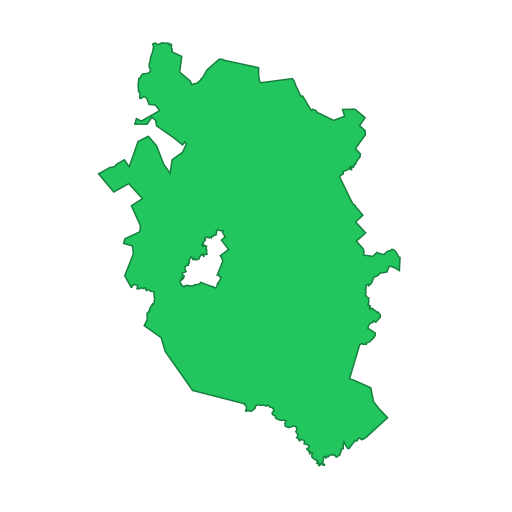 the district of Apes pag., Apes, Latvia, rotated 288°
{"feature_id": "27541924B88937634750122", "entity_name": "Apes pag.", "entity_type": "district", "adm_level": 2, "iso_a3": "LVA", "parent_name": "Latvia", "parent_adm1": "Apes", "projection": "mercator", "projection_center": [26.708, 57.522], "detail": "fine", "context": "isolated", "style": "filled", "palette": "green", "viewbox_px": 512, "rotation_deg": 288, "n_neighbors": 0, "source": "geoboundaries", "source_scale": "gbopen_adm2", "svg_char_len": 6075}
<svg xmlns="http://www.w3.org/2000/svg" viewBox="0 0 512 512"><g transform="rotate(288 256 256)"><path d="M425.6,92.3L423.3,94.0L417.6,94.6L412.6,94.3L408.8,95.1L405.2,95.1L402.6,96.1L400.9,97.9L399.0,98.3L396.6,97.2L394.1,91.9L391.0,90.9L389.6,91.0L388.7,89.7L381.6,91.2L376.0,93.6L375.2,95.3L370.3,96.6L370.4,98.2L373.2,100.1L372.3,103.3L367.1,107.4L368.5,113.6L364.5,119.4L348.9,105.3L349.7,99.8L344.0,100.0L347.7,111.6L355.9,114.2L353.9,118.7L349.1,121.2L343.1,141.0L338.9,151.8L342.4,153.0L341.2,155.2L331.9,154.1L321.6,146.5L308.2,148.7L314.6,140.0L330.1,127.4L336.6,116.6L328.5,108.5L301.6,107.8L306.9,101.1L299.9,94.9L297.3,93.9L295.3,90.5L295.4,90.1L285.5,80.9L272.9,100.9L285.5,112.6L275.4,130.3L265.3,121.9L249.0,136.8L243.1,138.0L231.9,126.0L227.0,126.2L227.4,135.4L220.1,138.7L196.6,137.3L187.6,147.0L188.2,147.7L190.6,147.8L191.6,151.0L191.4,152.1L190.6,152.9L188.5,152.7L188.0,153.2L188.7,155.1L190.5,157.2L190.1,158.6L190.3,159.1L191.5,160.2L191.3,160.9L190.0,161.4L189.3,162.3L189.4,162.9L190.7,163.7L190.9,164.5L189.8,166.4L190.3,169.0L190.3,170.4L188.7,170.5L182.7,173.3L181.4,173.1L180.4,173.7L179.3,173.3L178.9,172.7L178.1,173.2L177.8,173.0L177.8,172.3L174.2,171.4L172.5,171.1L171.0,171.9L170.2,171.0L169.7,171.4L168.0,170.1L161.7,172.2L155.2,171.2L149.0,191.1L137.1,199.2L108.5,237.3L111.9,290.7L111.3,290.8L111.5,291.1L111.3,291.6L109.2,293.8L107.9,294.2L105.9,293.8L105.3,294.4L105.9,295.4L106.8,298.2L106.7,298.8L107.4,300.0L111.2,302.3L112.6,301.4L113.9,302.8L115.1,303.4L115.3,306.1L116.7,309.8L116.3,312.0L118.0,313.7L117.5,314.7L116.6,315.5L116.8,318.6L115.1,320.5L114.3,320.9L112.3,319.8L111.1,320.0L110.2,321.2L109.9,323.5L108.1,324.8L107.6,325.6L107.3,329.1L107.9,332.3L108.9,333.8L108.5,335.5L107.5,335.1L105.3,335.3L103.2,336.5L102.9,340.3L103.7,341.1L104.1,342.2L105.5,343.3L106.2,345.4L106.1,346.5L104.0,348.6L101.3,348.1L99.7,350.2L98.0,351.5L95.8,350.8L95.6,352.4L93.7,354.2L93.7,354.7L95.5,355.4L95.4,357.3L95.6,358.7L94.8,359.6L93.6,359.4L92.1,360.0L92.5,361.0L92.3,363.8L91.8,365.0L90.2,365.6L88.5,363.9L88.0,364.0L87.7,365.1L86.9,365.9L87.3,366.8L87.2,367.2L86.1,367.1L84.6,368.4L86.1,369.1L86.1,370.7L85.5,371.0L83.9,370.4L82.2,371.1L80.5,374.6L80.4,378.1L77.9,377.7L77.5,378.2L78.4,379.2L78.1,380.1L76.4,380.1L76.0,380.7L76.6,381.4L79.2,382.2L78.1,383.7L77.8,384.5L77.9,385.4L78.4,385.8L79.0,385.3L78.9,384.4L79.2,383.7L83.6,382.7L86.2,382.7L86.3,383.6L85.4,384.9L85.6,385.3L86.1,385.6L86.7,385.1L88.0,386.0L87.7,387.1L89.0,387.6L90.7,389.5L90.2,390.4L91.1,392.4L89.7,393.8L89.5,394.6L92.8,397.3L93.9,396.9L96.2,397.4L98.7,396.6L99.7,398.6L102.8,397.4L106.6,397.1L103.5,399.9L101.5,402.5L101.4,403.6L102.2,404.4L103.5,404.5L110.8,407.2L111.1,409.0L114.4,409.9L115.0,410.5L115.0,411.1L114.5,411.6L113.9,413.4L114.9,413.9L115.1,414.1L114.9,414.6L117.2,416.6L142.9,431.1L148.7,420.3L153.8,412.8L166.1,405.9L168.1,387.8L168.1,382.9L203.6,382.0L205.4,383.6L205.1,385.2L206.2,388.2L207.4,388.0L209.4,390.4L214.8,393.4L217.7,393.9L219.7,393.0L221.9,384.6L226.2,384.8L229.9,388.2L230.5,387.9L230.0,390.4L236.2,393.1L238.3,392.5L240.3,389.5L240.5,389.1L239.7,388.8L239.8,388.1L241.1,386.3L241.1,384.3L242.0,383.4L241.8,381.3L240.8,380.8L241.3,380.2L242.1,380.0L242.4,380.6L243.5,379.7L243.9,379.9L244.1,378.9L243.6,378.6L244.1,377.6L246.5,377.6L251.0,376.1L251.0,374.3L253.7,371.7L255.6,371.8L258.0,370.3L258.5,370.9L259.0,370.4L260.9,370.3L261.7,369.7L264.0,371.5L262.6,372.4L265.9,374.3L272.1,374.6L275.1,378.0L277.9,379.1L281.1,385.3L287.6,386.0L287.8,386.5L287.7,391.5L286.4,396.9L299.2,393.4L299.0,392.2L302.4,388.7L304.2,386.1L304.5,383.2L302.8,382.2L301.1,379.5L297.0,377.2L296.5,372.8L296.8,369.9L291.8,367.3L290.1,357.7L293.4,357.6L294.3,356.5L295.9,355.9L301.1,346.8L311.9,353.2L319.1,340.2L327.8,345.0L333.8,335.4L334.4,335.1L335.8,331.6L356.4,311.7L358.1,311.1L361.2,313.7L363.5,312.9L365.2,315.3L368.3,318.4L367.3,319.7L367.7,320.3L368.8,319.9L369.5,317.8L370.0,317.6L370.3,318.1L370.4,320.7L370.7,321.3L371.9,320.4L372.6,321.6L374.3,321.5L374.3,322.3L377.2,322.5L382.4,324.3L385.4,323.7L388.9,317.4L405.1,322.6L408.9,321.1L412.0,314.2L421.3,317.0L426.2,304.7L422.1,293.0L416.3,297.1L409.0,288.0L411.5,269.7L412.8,268.2L413.1,264.5L411.7,263.3L422.5,251.0L421.8,249.4L430.1,241.4L433.9,238.4L436.0,235.9L422.5,207.5L423.0,205.5L428.8,202.6L435.9,200.3L432.4,166.1L432.6,163.2L431.9,160.3L417.7,151.8L409.3,150.2L407.5,149.0L406.2,149.0L403.4,147.2L402.8,147.4L399.3,142.0L402.2,139.2L407.3,126.6L422.9,123.7L424.1,112.9L425.5,112.9L427.0,112.2L427.6,111.3L430.9,110.3L429.9,109.0L430.9,107.0L431.3,107.5L431.1,106.0L430.5,104.5L429.9,101.8L429.6,100.5L426.5,97.2L427.4,95.4L427.4,94.9L427.0,94.2L427.1,93.5L425.6,92.3ZM268.2,216.9L264.5,220.7L260.4,218.2L253.8,227.9L245.1,221.9L244.8,223.0L240.9,226.0L225.9,225.0L226.9,226.6L225.2,227.3L225.0,229.4L221.5,229.1L217.4,227.8L217.2,228.5L213.1,227.7L213.6,223.6L213.2,223.5L213.9,211.6L212.4,211.1L211.0,209.5L209.5,206.3L207.9,205.2L207.3,203.0L206.9,202.6L207.1,201.5L206.6,198.9L205.6,197.6L204.9,197.6L204.3,196.9L206.1,193.4L208.0,191.7L210.4,192.4L210.6,193.2L211.1,193.4L211.7,193.0L211.8,191.8L212.5,191.8L212.9,192.4L212.3,193.7L212.9,194.1L215.0,193.8L215.3,192.2L216.8,191.2L217.9,191.9L218.6,193.3L219.6,194.3L222.6,192.0L223.5,191.7L225.4,192.9L226.4,194.6L227.4,193.9L229.2,194.8L230.7,193.8L235.1,194.4L235.3,194.9L233.0,197.4L233.3,197.9L234.3,197.6L234.7,197.9L234.6,198.8L233.7,199.7L233.9,200.6L235.8,202.8L237.1,202.7L237.2,203.3L237.4,202.7L238.2,202.8L240.6,203.8L240.0,206.0L239.6,206.3L239.8,206.6L240.9,205.3L241.6,205.2L241.4,206.1L241.6,207.2L242.4,208.8L243.0,208.8L243.8,207.9L246.1,207.5L248.2,206.0L250.1,205.9L250.1,204.0L249.0,203.2L249.4,201.6L250.0,201.5L250.1,202.2L250.8,202.6L251.1,202.2L250.9,201.3L251.3,201.2L255.5,202.9L256.0,202.6L256.0,201.9L256.6,201.8L257.4,202.6L258.9,202.7L258.7,205.8L260.2,206.9L259.4,208.1L261.0,208.2L262.0,209.4L263.0,209.6L263.3,211.3L265.0,211.5L267.3,210.6L268.1,211.3L269.2,211.4L269.0,211.8L269.3,212.6L269.0,214.2L269.8,216.8L268.2,216.9Z" fill="#22c55e" stroke="#15803d" stroke-width="1.5"/></g></svg>